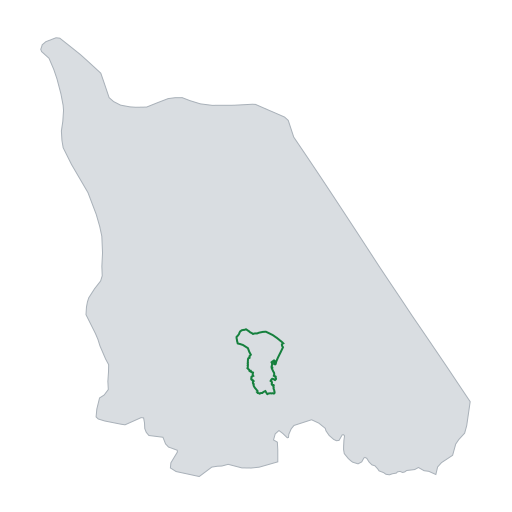 location of Al Makhrim, Homs (Hims), Syria, rotated 269°
{"feature_id": "27442178B17685723948764", "entity_name": "Al Makhrim", "entity_type": "district", "adm_level": 2, "iso_a3": "SYR", "parent_name": "Syria", "parent_adm1": "Homs (Hims)", "projection": "albers", "projection_center": [37.338, 34.825], "detail": "fine", "context": "in_parent", "style": "outline", "palette": "green", "viewbox_px": 512, "rotation_deg": 269, "n_neighbors": 0, "source": "geoboundaries", "source_scale": "gbopen_adm2", "svg_char_len": 6186}
<svg xmlns="http://www.w3.org/2000/svg" viewBox="0 0 512 512"><g transform="rotate(269 256 256)"><path d="M45.6,166.7L50.7,167.3L61.4,174.0L63.2,173.8L66.5,165.2L69.7,162.3L76.4,159.8L78.4,145.8L81.6,143.2L85.3,141.8L91.1,141.6L96.1,140.8L96.4,138.3L89.5,122.1L90.2,118.0L93.7,101.8L95.8,95.4L97.9,93.3L105.8,94.2L116.8,97.1L119.7,101.8L125.1,106.0L133.2,105.7L142.6,106.5L149.9,106.8L155.7,103.8L168.9,98.4L175.4,96.5L181.3,94.1L200.3,85.0L207.9,85.6L213.2,86.7L217.2,88.1L226.2,94.1L233.7,100.2L238.9,101.9L248.3,101.7L261.8,102.6L278.4,102.2L288.1,100.3L300.4,97.0L322.3,89.1L350.8,73.1L367.6,65.1L374.9,64.0L384.4,63.6L394.0,65.2L404.9,66.1L409.9,65.8L421.5,63.8L436.6,60.1L446.0,57.1L457.3,52.5L464.1,45.2L466.4,44.4L469.4,45.5L470.9,45.9L474.0,49.7L477.6,59.6L477.6,60.7L477.2,63.6L470.1,72.3L460.4,84.0L453.4,91.5L441.5,104.0L432.3,107.0L416.9,111.9L412.9,116.3L409.2,123.2L407.3,132.6L406.8,138.4L406.8,149.2L411.0,160.2L414.9,170.9L415.7,178.0L415.6,185.0L412.5,192.6L409.1,203.0L407.4,214.7L407.1,236.5L407.8,255.0L407.6,258.1L401.5,271.4L394.4,287.0L391.0,290.6L374.2,295.8L356.1,307.6L335.8,320.7L317.3,332.5L297.7,344.9L277.4,357.7L262.9,366.8L243.4,379.0L225.5,390.5L207.4,402.2L193.6,411.0L172.5,424.9L160.1,433.0L141.9,444.9L125.7,455.3L106.6,467.6L82.7,463.7L75.2,461.5L69.0,455.6L64.5,452.4L53.3,449.1L46.2,437.9L41.9,433.9L34.4,432.0L37.7,425.0L38.4,420.3L41.7,414.7L39.7,410.9L38.9,402.9L37.5,400.9L37.0,398.8L38.1,396.3L37.7,393.7L36.5,392.5L35.9,388.6L34.9,385.6L35.5,382.1L37.2,379.8L39.0,375.3L41.0,374.0L44.2,371.2L45.1,368.3L48.0,365.5L51.8,363.2L52.7,361.4L52.1,360.3L48.3,358.1L46.4,354.4L48.2,349.0L49.5,347.3L51.8,344.8L56.9,340.8L60.9,340.2L64.4,340.3L70.2,340.7L74.7,341.4L75.8,340.4L75.7,339.1L70.2,335.8L69.9,333.2L71.3,330.4L75.3,326.0L80.0,322.9L82.4,322.3L87.8,315.9L91.3,308.7L85.9,291.0L82.6,288.2L77.2,285.7L74.0,285.3L73.7,284.1L78.1,279.7L81.1,275.9L77.8,272.1L71.8,270.3L69.5,274.1L61.8,274.4L49.8,274.2L44.8,255.5L44.1,247.5L44.4,238.1L48.2,224.5L46.6,218.2L46.5,213.9L45.7,208.1L36.5,195.4L41.9,172.3L45.6,166.7Z" fill="#d9dde1" stroke="#a8b0b8" stroke-width="1"/><path d="M168.2,281.7L169.1,280.9L169.8,280.1L170.1,279.8L170.8,278.9L172.7,276.7L173.3,275.9L173.8,275.4L174.3,274.6L175.1,273.5L176.3,271.9L176.4,271.7L176.9,270.9L177.7,269.3L178.1,268.6L179.1,266.6L179.3,266.2L180.1,264.6L180.1,263.7L180.0,261.5L179.5,258.9L179.3,257.8L178.8,256.4L178.6,255.8L178.5,255.6L178.6,254.8L178.6,254.1L178.5,252.7L178.3,252.3L178.2,252.1L178.1,251.6L178.9,250.6L179.6,249.2L179.9,248.7L180.6,247.9L181.0,247.6L181.1,247.3L181.3,247.0L182.4,245.5L182.6,245.2L182.9,244.7L182.4,243.4L182.3,242.1L182.0,240.5L181.8,240.2L180.8,238.8L179.5,238.1L179.2,238.0L178.5,237.8L177.5,237.1L176.9,236.6L176.3,236.1L176.1,235.8L175.7,235.4L175.3,235.1L174.0,235.2L173.9,235.2L173.7,235.2L172.9,235.4L172.6,235.5L172.3,235.5L172.0,235.5L171.9,235.5L171.5,235.6L171.4,235.6L171.2,235.6L170.9,235.7L170.7,235.8L170.2,235.9L169.7,236.0L169.3,236.1L169.2,236.1L168.9,236.2L168.5,237.5L168.2,238.8L167.9,239.5L167.3,241.3L166.8,242.1L164.0,246.3L160.6,247.5L160.1,247.7L157.4,249.1L156.4,248.3L155.9,247.7L155.6,247.7L155.4,247.7L154.8,247.8L154.7,247.8L154.3,247.8L154.2,247.6L154.1,247.4L154.0,247.1L154.1,246.9L153.9,246.6L153.7,246.4L152.6,246.2L152.4,246.1L152.1,246.1L151.9,246.1L151.4,246.1L150.8,246.0L150.3,246.0L150.2,246.0L149.8,246.1L149.7,246.0L149.4,245.9L149.1,245.9L148.9,245.8L148.7,245.8L148.4,246.0L148.1,246.1L147.9,246.1L147.7,246.0L147.3,245.9L147.1,245.8L146.9,245.7L146.7,245.7L146.4,246.0L145.9,245.9L145.6,245.9L144.9,245.9L144.7,245.8L144.5,245.7L144.5,245.8L144.4,245.8L144.1,245.8L143.5,246.0L143.3,246.1L143.2,246.2L143.0,246.4L142.6,247.0L142.4,247.2L142.2,247.2L141.9,247.3L141.7,247.3L141.4,247.4L141.1,247.5L140.9,247.8L140.9,248.1L140.9,248.3L141.0,248.5L141.2,248.8L140.9,249.0L140.7,249.0L140.4,249.1L140.2,249.1L139.8,250.0L139.8,250.4L139.5,251.0L138.6,250.8L138.4,250.7L137.7,250.6L136.2,251.2L136.1,250.9L136.0,250.6L136.0,250.3L135.9,250.2L135.8,249.9L135.7,249.8L135.5,249.6L135.4,249.5L135.3,249.4L135.2,249.3L134.9,249.2L134.4,249.5L134.2,249.5L133.2,249.0L132.9,249.1L132.7,249.3L132.5,249.5L132.3,249.5L132.2,249.6L132.0,250.5L131.0,251.5L130.9,251.5L130.7,251.4L130.5,251.2L130.4,250.9L130.3,250.7L130.2,250.7L129.9,250.7L129.6,250.7L129.4,250.7L129.1,250.7L128.9,250.8L128.7,250.8L128.3,251.0L128.2,251.0L127.9,251.2L127.8,251.5L127.1,251.3L126.4,251.4L125.7,251.7L125.5,251.8L124.2,252.6L123.1,253.5L122.2,254.2L121.8,254.5L121.2,255.1L119.8,255.2L119.7,254.9L119.5,255.1L119.0,255.3L118.8,256.0L118.8,256.6L118.3,257.3L118.5,257.7L118.7,258.2L119.0,258.6L118.9,259.3L118.9,259.9L119.8,260.9L120.5,262.3L120.8,263.0L118.0,264.6L117.7,265.0L118.1,265.7L118.4,266.4L118.4,267.0L118.5,268.2L118.3,269.1L118.5,270.0L118.4,270.6L118.2,271.1L118.2,271.6L118.5,272.0L119.2,272.2L119.7,272.2L120.3,272.0L120.5,271.9L121.3,271.9L122.0,271.7L122.6,271.4L123.2,271.2L123.5,271.3L124.1,271.4L124.4,271.2L125.0,271.2L125.5,271.0L125.9,271.4L126.4,271.5L126.7,271.3L126.7,270.2L127.0,269.7L127.4,269.6L127.8,269.4L128.8,269.8L129.4,269.7L129.6,269.6L130.1,269.5L130.4,269.3L130.5,268.8L130.6,268.6L130.8,268.4L131.3,268.7L131.4,268.9L131.7,269.2L132.2,269.2L132.6,269.7L133.0,270.1L132.9,270.6L132.6,271.3L132.4,271.7L131.8,272.4L131.6,272.9L131.8,273.1L132.2,273.3L132.4,273.7L132.9,273.9L133.3,273.8L133.5,273.6L134.1,273.5L134.6,273.6L135.1,273.6L135.4,273.2L135.3,272.8L135.4,272.4L135.9,271.7L136.4,271.9L137.5,272.2L137.8,272.2L138.1,272.1L138.4,272.1L139.0,272.0L139.4,271.8L139.9,271.4L140.3,271.2L141.0,270.9L141.9,270.5L142.1,270.4L142.7,270.2L143.1,269.9L143.5,269.8L143.9,269.9L143.9,270.2L144.0,270.4L144.3,270.4L144.5,270.2L144.8,269.9L144.9,269.6L145.5,269.7L146.2,270.0L146.8,270.1L147.1,270.3L147.9,270.2L148.8,270.1L149.5,269.7L150.1,270.4L150.8,271.5L151.3,272.2L150.7,272.9L150.3,273.0L149.1,272.2L148.7,272.4L148.0,272.2L147.5,272.5L147.3,273.3L147.6,273.7L148.1,273.9L148.9,274.1L149.8,274.3L150.3,274.5L151.2,274.9L151.7,275.1L153.9,276.1L157.2,277.8L157.6,278.0L158.9,278.7L160.3,279.4L164.3,281.4L165.7,280.5L166.9,280.3L167.8,280.8L168.2,281.7Z" fill="none" stroke="#15803d" stroke-width="2"/></g></svg>